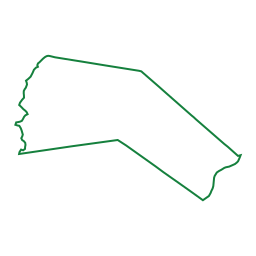 outline of Milagres do Maranhão, Maranhão, Brazil
{"feature_id": "56859067B37055437356595", "entity_name": "Milagres do Maranhão", "entity_type": "district", "adm_level": 2, "iso_a3": "BRA", "parent_name": "Brazil", "parent_adm1": "Maranhão", "projection": "robinson", "projection_center": [-42.846, -3.51], "detail": "fine", "context": "isolated", "style": "outline", "palette": "green", "viewbox_px": 256, "rotation_deg": 0, "n_neighbors": 0, "source": "geoboundaries", "source_scale": "gbopen_adm2", "svg_char_len": 1275}
<svg xmlns="http://www.w3.org/2000/svg" viewBox="0 0 256 256"><path d="M19.1,154.0L71.7,146.3L117.7,140.0L126.2,145.5L155.6,166.4L163.3,172.1L180.5,184.2L190.8,191.5L202.9,200.2L208.9,196.0L210.6,193.0L211.4,190.9L212.6,188.5L213.3,186.1L214.1,177.7L214.7,175.9L216.8,172.5L219.0,171.0L221.3,169.8L224.3,167.9L225.8,167.3L229.2,166.6L232.8,165.0L235.0,164.0L237.0,162.4L238.1,161.2L239.7,157.6L240.6,155.2L238.0,155.9L227.7,146.7L224.3,144.0L204.2,126.5L195.8,119.2L193.7,117.2L191.6,115.5L165.8,92.8L158.7,86.5L142.7,72.6L141.4,71.4L139.1,70.8L105.8,65.5L101.5,64.8L86.8,62.4L55.0,57.3L49.7,56.0L48.1,55.8L46.5,56.2L44.8,57.2L43.0,58.7L41.2,60.5L39.3,62.4L38.0,63.4L37.3,65.2L37.9,66.8L35.9,67.7L33.9,69.8L33.3,71.3L32.4,73.3L30.6,76.7L28.4,78.8L26.0,80.7L26.7,82.6L27.0,84.5L26.4,86.1L25.8,87.7L24.7,89.2L23.8,91.0L23.7,93.2L23.9,95.0L24.0,97.7L22.1,99.8L20.0,102.7L19.2,105.0L20.6,106.3L21.9,107.6L23.3,109.1L25.3,110.7L26.7,112.2L27.6,114.2L25.4,115.3L24.1,116.8L23.0,119.0L21.8,120.9L19.9,121.7L18.1,122.1L16.2,122.4L15.4,124.8L17.6,125.5L19.3,125.8L20.8,128.3L21.7,130.7L22.8,134.6L22.2,136.5L21.3,138.2L22.2,140.1L23.8,141.1L25.2,142.8L25.5,144.9L25.1,146.9L25.0,148.9L23.1,150.3L21.1,149.6L19.5,152.1L19.1,154.0Z" fill="none" stroke="#15803d" stroke-width="2"/></svg>